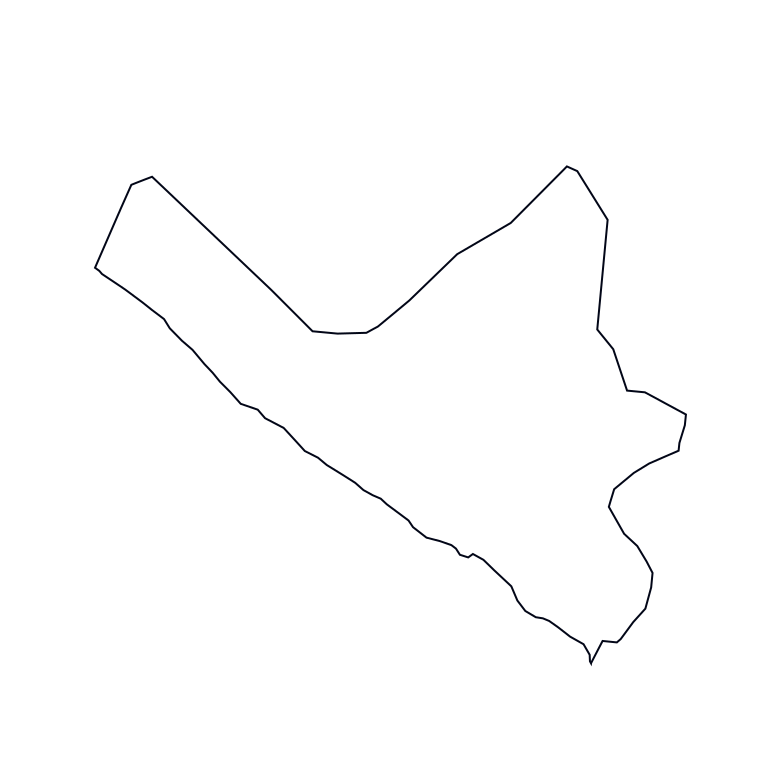 outline of Qina, Qina, Egypt, rotated 9°
{"feature_id": "37247803B63367317087021", "entity_name": "Qina", "entity_type": "district", "adm_level": 2, "iso_a3": "EGY", "parent_name": "Egypt", "parent_adm1": "Qina", "projection": "orthographic", "projection_center": [32.712, 26.165], "detail": "fine", "context": "isolated", "style": "outline", "palette": "ink", "viewbox_px": 768, "rotation_deg": 9, "n_neighbors": 0, "source": "geoboundaries", "source_scale": "gbopen_adm2", "svg_char_len": 1454}
<svg xmlns="http://www.w3.org/2000/svg" viewBox="0 0 768 768"><g transform="rotate(9 384 384)"><path d="M685.4,403.8L685.0,396.0L687.6,377.7L687.0,366.9L643.0,351.4L625.1,352.5L605.0,313.8L590.2,300.5L586.1,296.8L579.2,186.9L541.6,143.5L530.6,140.5L528.2,143.9L484.0,205.1L436.0,244.3L395.9,297.6L375.7,320.6L368.9,328.3L366.9,329.8L366.3,330.3L365.7,330.7L358.6,336.2L330.2,341.5L305.2,343.1L257.9,308.7L122.5,215.6L115.5,219.6L107.8,224.1L103.3,226.8L96.5,252.2L95.8,255.0L95.2,257.2L80.4,314.4L85.1,316.8L88.3,319.5L105.9,327.6L113.6,331.2L132.7,341.2L143.1,347.1L156.6,354.3L163.7,362.5L177.7,372.9L189.5,380.2L203.5,392.4L213.0,399.7L221.6,407.4L233.4,416.0L245.6,426.0L263.3,429.1L271.9,436.4L291.8,443.1L306.7,454.9L316.3,462.6L330.3,467.1L340.2,473.0L357.4,480.2L371.0,486.1L380.3,492.0L390.2,495.6L398.8,497.8L399.5,498.3L400.1,498.7L405.6,502.4L429.6,515.0L435.1,520.9L439.5,523.3L450.0,529.1L463.6,530.4L475.8,532.6L480.8,535.3L485.7,540.8L494.3,542.1L498.4,538.0L509.7,542.1L521.9,550.7L541.4,563.9L549.6,577.0L559.1,586.1L570.4,590.6L577.6,590.6L584.2,592.2L594.1,597.1L607.3,604.4L621.8,609.8L629.5,619.3L630.8,625.7L632.2,627.5L632.2,627.3L632.3,627.0L633.9,622.1L637.5,611.3L640.1,603.6L654.4,602.8L657.7,598.9L667.4,580.2L677.3,565.0L679.7,543.1L678.8,528.6L671.1,518.2L659.5,504.4L644.6,494.4L625.3,470.2L626.0,464.7L627.8,451.9L644.7,432.7L658.4,421.0L674.2,410.9L685.4,403.8Z" fill="none" stroke="#020617" stroke-width="2"/></g></svg>